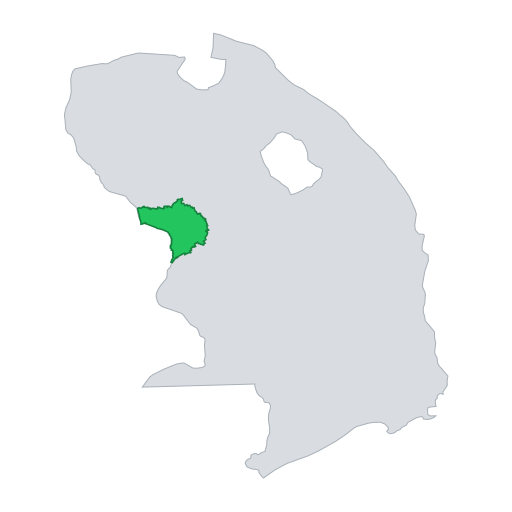 Ngaka Modiri Molema, North West, South Africa (highlighted), rotated 271°
{"feature_id": "47623444B28912463422483", "entity_name": "Ngaka Modiri Molema", "entity_type": "district", "adm_level": 2, "iso_a3": "ZAF", "parent_name": "South Africa", "parent_adm1": "North West", "projection": "orthographic", "projection_center": [25.83, -25.802], "detail": "fine", "context": "in_parent", "style": "filled", "palette": "green", "viewbox_px": 512, "rotation_deg": 271, "n_neighbors": 0, "source": "geoboundaries", "source_scale": "gbopen_adm2", "svg_char_len": 8457}
<svg xmlns="http://www.w3.org/2000/svg" viewBox="0 0 512 512"><g transform="rotate(271 256 256)"><path d="M379.0,63.7L394.2,62.0L400.9,63.4L409.0,66.9L416.6,68.4L429.5,67.7L433.9,68.4L437.4,69.6L439.9,71.5L443.1,84.6L445.7,98.6L445.5,103.1L445.9,104.8L449.3,110.9L450.5,114.6L452.4,117.7L456.4,132.7L456.9,135.4L455.2,171.2L453.2,175.5L453.7,181.1L451.6,181.8L439.4,174.0L437.2,174.2L433.6,176.8L430.1,180.8L428.5,184.4L421.8,193.8L421.1,199.9L421.4,205.2L423.5,205.5L424.9,209.3L428.0,215.5L433.6,219.5L438.8,221.5L446.2,222.3L452.0,222.4L451.9,218.4L453.8,207.5L463.4,209.4L477.9,209.7L476.5,216.7L470.4,232.6L466.2,250.5L461.4,259.5L458.8,263.1L451.5,269.4L447.8,271.5L444.7,272.1L432.3,285.1L427.6,291.4L423.3,300.7L419.2,305.8L413.0,316.6L402.5,332.7L393.8,343.1L390.0,346.1L387.5,347.5L380.7,353.5L371.1,363.3L363.8,372.0L353.0,381.8L346.9,386.1L337.6,394.6L335.0,395.8L324.7,403.7L317.3,408.5L305.4,414.1L300.7,415.6L289.5,414.2L284.8,414.9L280.9,418.3L280.6,423.3L278.9,424.0L268.6,421.8L264.4,422.2L262.0,424.8L260.0,428.1L254.1,428.4L243.6,425.0L231.2,423.1L228.4,422.9L222.5,425.6L220.4,426.0L211.7,425.6L206.8,424.1L202.2,424.3L198.7,425.7L194.5,426.2L183.3,435.8L177.3,436.0L172.2,437.2L163.1,436.3L160.4,437.0L157.8,438.7L151.7,439.6L149.3,441.1L139.4,450.0L135.1,449.3L129.7,449.4L123.3,445.2L121.0,445.6L121.5,444.3L121.6,441.9L119.2,439.6L116.9,439.8L115.4,437.9L111.8,437.9L108.8,438.7L107.7,430.9L106.2,430.2L102.5,430.3L100.7,430.6L99.9,431.4L99.1,433.2L99.4,438.6L98.0,437.2L96.3,434.0L95.6,430.6L95.8,426.5L98.5,424.7L97.3,419.6L92.3,410.9L89.5,409.2L87.1,404.7L84.9,403.1L83.8,400.0L81.6,397.5L80.6,393.5L81.5,391.1L83.2,389.7L85.2,391.6L87.4,390.7L90.4,387.6L92.0,383.0L91.6,375.8L90.8,371.4L87.4,360.0L86.0,357.4L79.6,349.5L72.0,338.8L62.1,321.8L57.1,311.6L49.2,290.8L42.7,279.1L35.0,268.4L34.1,267.7L35.0,266.3L38.5,263.4L40.1,262.6L41.1,262.9L41.9,262.1L42.6,260.3L42.9,256.2L44.3,252.0L45.7,250.1L48.9,248.7L51.5,250.1L52.7,251.5L53.3,253.5L54.4,254.4L56.2,254.3L57.5,255.4L58.4,257.9L58.4,259.8L57.5,261.0L57.8,262.5L59.2,264.3L60.8,268.4L67.7,270.1L71.5,270.1L75.1,270.9L78.6,272.6L84.2,272.7L91.8,271.3L98.2,271.4L103.3,272.9L106.9,273.1L109.1,271.8L110.0,270.2L109.6,268.0L110.6,266.6L113.1,265.9L115.0,264.2L116.4,261.5L119.8,259.1L125.3,257.2L128.0,257.1L122.9,144.6L133.3,152.0L135.8,155.4L141.2,165.8L146.7,178.6L147.8,184.8L147.6,186.2L142.8,195.0L142.8,199.2L143.6,204.1L144.9,206.5L146.4,207.2L149.9,205.9L155.4,207.0L165.9,206.0L171.1,206.5L172.4,206.1L173.6,205.0L174.8,202.0L176.0,201.0L180.9,199.5L183.0,197.8L186.3,191.8L196.5,183.7L197.6,181.8L203.8,162.8L205.7,160.1L208.6,158.3L214.4,156.7L217.8,157.4L221.5,159.0L225.7,161.7L231.9,166.7L234.0,167.4L240.2,167.6L244.0,170.9L255.6,173.0L258.9,172.9L262.5,171.1L268.4,171.1L274.8,169.8L278.6,166.5L286.1,145.9L286.9,141.4L287.7,140.1L293.8,137.8L301.2,136.1L302.8,135.1L307.4,129.4L313.5,124.7L317.9,108.3L320.7,104.5L322.4,102.8L323.5,102.8L325.1,101.8L327.1,99.8L329.6,98.6L332.4,98.2L334.2,96.9L335.1,94.7L336.5,93.6L338.6,93.7L339.8,93.0L340.1,91.6L344.7,88.1L344.8,86.7L347.5,83.2L352.7,77.8L357.6,74.8L362.2,74.3L370.6,71.7L373.7,69.1L375.7,65.6L379.0,63.7ZM359.8,305.8L366.9,303.2L372.2,299.6L373.6,293.0L377.7,289.0L379.3,285.2L380.6,280.0L378.4,274.4L375.1,272.7L369.2,267.8L366.7,264.5L363.2,261.7L360.7,258.4L356.5,259.4L350.0,261.9L346.0,264.2L342.6,267.0L336.5,269.0L330.8,278.0L328.9,280.0L324.5,286.5L318.1,289.7L318.0,290.9L320.0,296.3L322.8,301.7L325.9,306.1L325.7,308.8L326.7,310.9L329.4,312.4L333.9,317.9L336.2,319.7L343.1,321.1L344.2,320.8L346.1,317.6L346.4,315.3L351.2,308.3L353.3,306.2L359.8,305.8Z" fill="#d9dde1" stroke="#a8b0b8" stroke-width="1"/><path d="M302.9,142.1L303.0,141.8L303.0,141.6L302.9,141.5L302.8,141.4L302.6,141.5L302.3,141.3L302.0,140.9L302.1,140.7L302.1,140.4L301.8,139.6L301.9,139.3L301.8,139.2L302.1,138.6L301.9,138.5L301.9,138.2L301.9,137.8L302.1,137.6L302.1,137.4L301.5,137.2L301.1,136.8L295.4,138.3L290.4,139.4L289.2,140.2L287.9,140.1L287.7,140.3L286.2,140.4L285.9,140.4L286.0,140.6L286.0,141.0L285.8,141.1L285.8,141.4L286.3,142.0L286.2,142.4L286.2,142.5L286.3,142.6L286.5,142.5L286.7,142.9L286.6,143.2L286.7,143.3L286.7,143.5L286.9,143.5L286.9,144.1L287.0,144.2L287.1,144.3L286.8,144.4L286.7,144.4L286.7,144.7L286.8,144.8L286.7,144.9L286.6,145.0L286.9,145.2L286.8,145.3L286.6,145.4L286.6,145.5L286.3,145.5L285.7,147.3L282.6,155.7L281.8,156.8L281.5,159.4L280.7,162.4L278.5,167.5L278.4,167.5L278.2,167.7L277.9,167.8L277.3,168.3L277.2,168.4L276.7,168.9L276.3,169.1L276.1,169.1L275.9,169.2L275.4,169.2L275.4,169.4L275.2,169.5L274.8,169.8L274.6,170.0L274.3,170.2L274.1,170.4L273.8,170.5L273.2,170.7L273.0,170.9L272.8,171.0L272.6,171.1L272.2,171.2L272.1,171.4L272.0,171.5L271.7,171.5L271.3,171.6L270.8,171.4L270.4,171.4L270.1,171.4L269.8,171.4L269.7,171.5L269.5,171.4L269.4,171.4L268.7,171.3L268.3,171.3L268.2,171.2L267.8,171.3L267.6,171.3L267.4,171.4L267.2,171.4L267.0,171.2L266.6,171.2L266.2,171.1L266.0,171.3L265.9,171.3L265.7,171.2L265.5,170.9L265.3,170.9L265.4,170.7L264.9,170.6L264.7,170.3L264.5,170.5L264.2,170.5L264.0,170.4L263.9,170.2L263.5,170.1L263.1,170.4L263.0,170.2L262.9,170.2L262.5,170.3L262.6,170.5L262.2,170.8L262.1,171.1L261.8,171.1L261.6,171.4L261.3,171.3L261.2,171.3L261.2,171.5L260.7,171.8L260.5,172.1L260.3,172.2L260.2,172.0L260.1,172.4L259.9,172.6L259.7,172.6L259.7,172.8L259.4,172.7L259.1,172.8L258.9,172.7L258.7,172.7L258.4,172.8L258.2,172.8L258.0,173.0L257.7,172.9L257.5,173.0L257.4,172.9L257.3,173.1L257.1,173.1L256.9,173.3L256.7,173.0L256.4,173.1L256.1,172.9L255.9,172.9L255.7,173.0L255.6,172.9L255.4,172.9L255.0,172.6L254.6,172.7L254.1,172.9L253.9,173.2L253.7,173.3L253.7,173.1L253.3,173.1L253.1,173.0L252.7,172.9L251.7,172.6L251.5,172.4L251.2,172.2L250.9,171.9L250.6,171.7L250.4,171.7L250.1,171.7L249.9,171.7L248.3,171.0L247.8,172.3L253.4,176.3L252.6,176.7L253.0,177.4L254.6,179.0L255.2,179.9L255.6,180.6L256.0,181.5L257.2,183.5L257.6,184.7L256.1,184.9L256.8,186.1L257.2,187.1L258.0,188.7L258.4,189.9L258.1,190.0L258.1,190.4L258.6,190.3L258.7,190.7L259.9,189.8L260.7,191.5L261.7,191.0L262.4,190.6L263.4,192.3L263.9,192.0L264.6,193.5L263.8,194.0L264.5,195.5L265.3,195.0L267.3,194.5L267.5,195.7L268.9,197.4L267.4,198.1L267.5,198.6L267.6,198.9L267.5,199.1L267.3,199.3L266.9,200.3L266.7,200.5L266.6,201.3L266.4,201.9L266.4,202.2L266.1,202.9L266.0,203.0L266.2,203.5L266.8,203.1L268.0,204.9L268.9,204.1L269.8,203.2L271.5,205.7L273.6,204.8L276.2,206.7L278.3,207.2L279.3,206.3L280.0,204.8L279.4,206.8L280.9,206.1L280.9,208.2L281.3,208.2L281.7,207.4L283.6,206.6L284.9,206.1L285.5,207.2L287.2,206.1L287.1,205.4L287.7,206.3L289.7,205.4L290.2,204.7L290.4,204.9L290.4,205.0L290.6,205.1L290.7,204.9L290.9,204.9L291.1,204.9L291.2,204.4L291.4,204.4L291.6,204.1L291.9,205.0L292.2,205.0L292.9,203.7L293.2,202.2L294.1,202.0L294.0,201.6L294.4,201.3L294.5,201.6L294.4,201.4L295.3,201.0L295.2,200.3L296.5,200.0L296.9,200.0L297.2,200.0L297.5,199.7L297.3,199.5L297.4,199.4L297.0,198.3L297.6,198.3L296.9,196.5L299.2,195.6L299.1,195.3L300.6,193.9L301.2,193.8L303.2,193.3L302.7,191.9L303.8,191.3L303.4,190.4L304.3,189.8L304.5,189.5L305.4,189.0L305.3,188.2L305.5,188.1L304.8,186.7L305.8,186.3L306.2,186.1L305.1,183.9L307.4,182.8L307.1,180.6L309.6,180.1L310.3,181.7L312.3,181.2L311.2,178.3L311.4,177.2L311.1,176.6L310.8,176.5L310.8,176.3L309.6,176.2L309.5,176.4L308.4,174.9L308.4,174.7L307.9,174.5L307.9,173.6L306.1,171.9L305.9,172.1L304.5,171.1L304.2,171.1L302.9,170.8L303.3,170.1L303.5,168.7L304.0,168.9L304.3,168.0L304.3,166.3L303.8,166.2L303.3,166.3L303.9,165.2L304.2,165.6L304.2,164.3L304.1,163.3L302.9,162.9L302.3,163.6L302.2,163.6L301.9,163.0L301.7,162.5L301.7,161.8L301.9,161.6L301.9,160.7L302.3,159.7L302.5,159.3L302.5,158.2L303.0,158.2L303.1,156.8L301.4,156.7L301.4,156.4L301.4,156.2L301.5,156.1L301.5,155.9L301.5,155.7L301.4,155.6L301.5,155.4L301.5,155.2L301.3,154.6L301.4,154.4L301.4,154.5L301.4,154.4L301.5,154.3L301.6,154.2L301.6,153.9L301.8,153.8L301.8,153.6L301.9,152.0L301.6,150.5L301.4,150.6L301.0,150.1L300.8,149.7L301.8,149.3L301.7,149.2L301.8,149.2L302.0,149.0L301.9,148.8L301.9,148.6L302.0,148.5L301.9,148.1L302.1,148.0L302.2,147.8L302.1,147.7L302.4,147.7L302.5,147.5L302.7,147.3L302.5,146.9L302.8,146.6L302.7,146.4L302.4,145.9L302.7,145.2L302.7,144.8L302.8,144.2L302.8,143.8L302.7,143.7L302.8,143.6L302.8,143.4L303.1,143.5L303.3,143.3L303.3,143.2L303.6,143.3L303.7,143.0L303.5,142.7L303.4,142.5L303.0,142.3L302.9,142.2L302.9,142.1Z" fill="#22c55e" stroke="#15803d" stroke-width="1.5"/></g></svg>